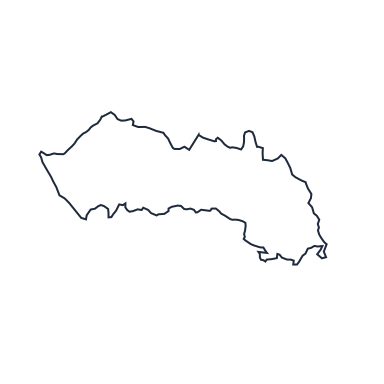 Ypsonas, Limassol, Cyprus, rotated 124°
{"feature_id": "46923920B16741076695964", "entity_name": "Ypsonas", "entity_type": "district", "adm_level": 2, "iso_a3": "CYP", "parent_name": "Cyprus", "parent_adm1": "Limassol", "projection": "natural_earth1", "projection_center": [32.951, 34.707], "detail": "fine", "context": "isolated", "style": "outline", "palette": "slate", "viewbox_px": 384, "rotation_deg": 124, "n_neighbors": 0, "source": "geoboundaries", "source_scale": "gbopen_adm2", "svg_char_len": 2713}
<svg xmlns="http://www.w3.org/2000/svg" viewBox="0 0 384 384"><g transform="rotate(124 192 192)"><path d="M120.3,103.3L121.2,107.4L121.9,114.5L121.5,118.7L117.1,124.0L114.2,129.1L111.9,133.5L111.3,138.7L116.2,139.6L121.5,142.9L123.6,147.5L125.6,151.2L120.3,155.2L116.0,157.8L117.4,162.3L118.2,163.3L114.9,167.4L111.1,171.4L108.6,175.3L109.5,178.9L112.9,181.3L116.2,180.4L118.9,178.5L121.5,176.8L125.5,175.1L129.3,175.1L130.6,179.8L132.5,183.7L134.0,185.1L134.5,187.9L134.3,191.6L132.9,196.5L132.6,201.0L135.0,201.6L136.4,200.6L137.5,201.9L139.2,207.5L140.8,213.3L141.0,218.2L140.7,218.5L158.6,217.9L158.7,223.6L163.2,226.2L166.1,230.6L166.2,232.5L163.6,237.4L161.0,241.8L160.0,246.1L158.9,248.8L161.4,255.9L162.9,262.9L164.2,267.2L168.2,272.9L169.6,278.5L166.2,279.9L165.2,283.1L169.9,287.2L172.4,290.5L173.2,294.5L171.3,299.2L171.2,303.9L176.5,306.7L179.7,308.5L179.9,309.0L183.4,308.5L187.8,308.7L192.2,311.1L195.1,312.1L198.4,312.3L201.7,313.4L204.4,314.9L208.1,315.8L212.7,316.6L217.6,316.5L221.3,317.1L226.8,318.4L231.2,319.1L232.7,319.9L235.9,325.0L237.2,328.0L240.8,330.8L242.7,333.1L242.7,336.6L242.9,339.6L246.2,339.5L247.7,336.4L250.9,332.6L255.2,323.8L258.2,317.4L260.9,312.9L264.0,306.9L264.4,306.4L268.9,300.0L268.8,298.9L268.5,294.4L268.8,292.4L269.8,287.6L275.4,269.4L274.0,264.6L270.4,266.2L270.2,266.3L263.2,266.2L260.1,263.1L256.2,261.8L253.8,260.3L252.9,257.2L253.0,252.0L256.2,249.4L259.7,247.0L257.9,244.8L254.6,244.9L250.0,244.5L243.0,245.4L241.6,242.0L238.7,240.8L242.0,238.7L243.2,235.6L243.3,232.8L240.8,230.2L236.8,227.4L235.1,223.7L232.3,223.6L231.4,218.4L232.4,214.1L231.2,208.2L229.3,207.4L225.6,202.7L220.9,200.8L218.8,202.2L215.6,200.5L211.2,196.2L209.7,193.3L210.5,189.0L209.3,186.7L206.6,184.0L205.7,180.5L206.8,177.3L205.7,176.1L201.6,174.5L197.8,166.9L197.0,166.3L194.8,166.5L192.4,163.0L192.7,158.9L193.6,155.7L193.2,151.9L193.1,147.7L193.1,145.1L192.4,143.0L190.6,140.5L189.2,137.9L187.9,133.7L187.7,130.5L189.9,128.7L194.4,126.4L197.7,125.3L199.7,123.1L202.0,122.9L202.3,120.8L202.3,117.5L202.3,113.9L201.5,110.2L200.9,108.3L200.4,106.5L199.5,103.9L198.1,101.8L199.8,98.0L200.6,95.8L204.5,103.4L205.3,101.4L205.5,101.1L208.3,99.1L209.6,96.9L208.6,94.7L208.6,92.3L206.3,92.3L203.1,88.4L199.4,84.7L195.6,86.6L195.0,84.4L196.1,80.8L194.9,75.5L192.8,72.3L192.0,69.3L195.5,67.5L193.4,64.4L190.1,64.2L183.0,64.7L179.7,63.5L174.2,64.3L171.8,62.1L168.3,60.4L166.9,57.3L163.9,53.7L167.8,53.1L173.6,53.4L174.3,47.2L171.1,44.4L167.7,49.4L160.0,51.2L159.7,54.2L157.7,59.5L156.1,62.8L153.4,66.1L150.5,66.9L148.2,69.8L143.8,71.0L141.9,75.3L141.6,79.0L137.5,83.9L136.1,89.3L130.5,90.0L126.9,91.9L124.3,97.8L121.1,102.5L120.3,103.3Z" fill="none" stroke="#1e293b" stroke-width="2"/></g></svg>